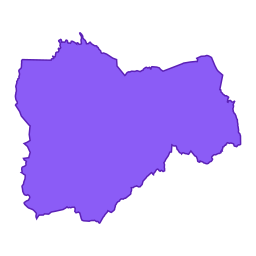 the district of Gbeke, Vallée du Bandama, Ivory Coast
{"feature_id": "98640826B94469137469464", "entity_name": "Gbeke", "entity_type": "district", "adm_level": 2, "iso_a3": "CIV", "parent_name": "Ivory Coast", "parent_adm1": "Vallée du Bandama", "projection": "natural_earth1", "projection_center": [-5.149, 7.692], "detail": "fine", "context": "isolated", "style": "filled", "palette": "violet", "viewbox_px": 256, "rotation_deg": 0, "n_neighbors": 0, "source": "geoboundaries", "source_scale": "gbopen_adm2", "svg_char_len": 5695}
<svg xmlns="http://www.w3.org/2000/svg" viewBox="0 0 256 256"><path d="M211.2,161.4L212.1,160.3L212.6,159.1L211.9,158.1L211.7,157.4L211.8,156.8L212.3,156.2L213.7,154.9L214.4,154.7L215.8,154.8L217.2,154.0L218.6,153.4L219.2,153.5L220.9,152.7L221.1,152.3L220.8,151.6L220.9,151.2L222.3,151.0L222.0,149.8L222.1,149.4L222.6,149.0L222.8,147.0L223.7,146.8L224.8,145.3L225.7,145.2L225.9,144.4L226.6,144.0L227.0,143.0L227.2,142.9L227.7,142.7L229.3,143.4L230.2,143.1L231.0,143.0L233.0,143.6L233.7,144.1L233.9,145.1L234.3,146.0L235.5,146.4L236.4,146.3L236.7,146.6L238.3,144.9L238.9,144.8L239.6,144.9L240.5,144.4L240.6,144.0L240.5,135.8L240.2,135.2L239.9,133.9L238.6,132.5L238.4,132.0L238.6,130.3L238.1,126.7L237.7,125.4L237.9,124.4L237.4,121.8L237.4,120.4L237.3,119.6L236.8,118.9L236.2,117.1L235.9,115.8L234.9,113.8L234.2,113.3L233.7,112.1L233.2,111.4L233.2,110.2L232.8,108.8L233.2,108.0L233.6,105.9L233.2,105.3L233.2,104.5L234.6,101.4L234.3,101.2L233.7,101.8L232.3,102.1L231.8,101.9L231.5,101.7L231.1,101.0L230.2,100.4L228.4,100.9L228.0,102.3L227.5,102.1L227.4,101.8L227.7,100.5L227.6,99.6L228.0,99.0L228.0,98.3L228.6,97.7L228.5,97.1L226.6,95.9L226.1,95.7L225.1,95.8L224.7,95.6L224.2,94.9L223.8,94.8L223.0,94.2L222.3,93.1L221.2,92.3L220.6,89.7L219.8,89.6L222.7,75.1L219.3,72.2L217.9,70.9L216.9,69.6L214.9,65.7L211.5,57.5L209.2,56.2L207.7,55.6L206.6,55.5L204.9,56.1L201.1,56.3L196.7,58.3L196.9,58.7L197.4,58.9L197.7,59.5L197.3,61.4L197.0,61.7L196.3,61.4L190.4,62.0L183.6,63.1L182.2,63.8L163.0,71.2L160.7,69.6L159.3,67.9L156.8,67.1L152.1,66.7L151.6,66.9L150.8,69.0L150.4,68.8L150.1,67.8L149.3,67.3L148.6,67.8L147.7,68.0L146.5,67.3L145.6,67.5L143.6,69.0L143.3,69.4L143.0,70.2L142.2,70.4L140.1,71.6L137.0,70.7L134.9,71.4L131.6,71.2L129.9,71.9L128.4,71.9L127.1,72.6L126.1,73.9L125.5,75.0L124.8,75.5L117.0,66.0L116.6,59.6L112.7,58.1L106.6,54.1L103.6,53.0L102.2,53.3L101.4,53.0L100.9,52.1L100.7,51.0L98.7,48.9L98.3,47.8L98.0,47.4L97.2,47.0L96.9,46.2L96.3,45.8L94.9,45.8L94.0,45.4L91.2,43.6L90.4,42.3L89.7,42.3L88.4,43.6L86.9,43.8L86.4,43.7L86.3,42.8L85.3,40.5L83.9,39.3L82.5,37.2L82.8,36.2L82.0,35.2L81.9,34.6L80.2,32.9L79.9,32.9L79.7,33.1L80.1,34.3L81.1,35.9L81.5,37.1L81.4,38.8L81.0,39.9L81.4,43.5L81.0,44.0L80.5,44.2L79.2,44.3L78.8,44.1L78.0,43.0L77.2,42.8L76.7,43.3L76.7,44.0L74.6,42.4L72.6,41.3L71.3,41.3L70.9,42.6L70.4,43.3L69.1,43.0L68.3,43.1L67.7,42.7L67.5,41.0L66.8,40.2L66.3,40.1L65.9,40.3L65.3,41.7L64.3,42.3L63.0,42.0L61.8,42.3L61.3,39.9L60.7,39.4L58.9,40.4L58.7,40.7L58.8,41.3L59.9,42.5L60.1,43.0L60.3,44.5L59.9,45.2L60.7,47.7L60.2,48.5L59.8,48.7L58.8,48.2L58.4,48.6L58.3,49.0L58.8,49.8L58.9,50.6L58.4,51.8L58.0,52.0L56.6,52.2L55.9,52.7L55.7,53.9L55.5,54.5L55.3,56.4L55.0,56.8L54.4,56.9L52.8,56.2L52.7,56.4L52.8,56.7L53.7,57.7L53.7,58.4L53.1,58.7L51.8,58.8L51.4,59.2L51.1,60.2L22.5,59.6L22.1,59.9L21.6,60.9L21.7,62.5L21.5,64.2L21.5,65.9L21.3,67.7L20.6,68.6L19.3,69.7L18.8,70.9L19.5,73.4L19.5,74.9L18.9,76.5L19.1,77.2L19.0,78.1L18.1,78.6L17.8,79.0L17.8,79.9L16.8,81.4L16.7,81.8L16.9,82.6L15.8,86.2L15.9,87.2L16.2,88.2L16.4,91.1L15.9,92.7L15.8,94.0L15.5,94.9L15.4,96.6L15.8,99.1L16.5,100.8L17.1,101.4L17.3,103.3L17.1,103.7L16.2,104.0L15.5,105.1L19.7,111.6L21.3,116.0L29.0,125.0L30.2,126.0L30.0,126.5L29.2,134.5L30.1,140.5L26.7,142.5L24.1,143.5L27.5,146.5L30.2,152.4L28.7,157.7L23.5,158.4L23.7,158.7L24.1,159.8L26.4,161.4L26.4,161.9L26.0,162.4L25.8,163.0L26.0,164.0L26.0,164.8L25.8,165.2L25.3,165.5L24.7,166.3L23.1,166.7L22.2,167.3L21.9,167.8L21.7,169.4L22.1,171.4L22.0,171.9L21.7,172.3L21.3,172.5L22.8,173.4L23.6,174.2L24.8,174.8L25.2,175.5L25.2,176.7L25.0,178.9L23.9,181.8L23.4,184.3L22.2,185.7L22.0,186.6L22.4,188.3L22.8,191.5L24.0,194.1L24.9,194.9L26.2,195.3L26.8,195.3L27.7,194.7L28.9,195.4L29.3,195.9L29.8,197.2L29.7,197.8L28.7,199.7L28.3,200.2L26.4,201.0L24.3,202.5L24.1,203.0L24.3,203.6L24.9,204.6L27.7,207.3L28.7,208.0L32.6,209.5L34.1,210.7L35.9,212.7L36.4,213.7L36.0,215.6L36.0,217.0L36.7,218.7L37.1,217.9L39.0,215.2L39.4,215.1L43.4,215.0L44.4,213.9L48.7,214.1L51.3,212.0L55.1,211.3L63.1,209.5L65.7,208.0L67.0,206.9L68.0,207.7L68.4,207.8L69.6,207.4L70.8,207.8L72.1,207.2L74.4,207.2L75.2,208.7L74.8,211.4L76.0,212.8L78.5,212.1L79.8,213.0L81.3,218.7L82.1,220.3L83.7,220.8L89.4,221.2L89.8,220.9L91.6,220.5L93.9,220.5L94.2,220.3L94.6,220.3L96.4,221.5L97.0,221.6L97.8,221.4L98.3,221.8L98.9,222.8L99.6,223.1L99.9,222.9L103.2,217.1L104.2,216.0L105.0,214.6L107.3,212.0L107.9,210.7L110.1,211.9L111.2,212.4L111.6,212.2L114.0,210.3L114.2,209.9L114.4,209.7L114.6,209.3L114.7,208.3L115.3,206.6L115.3,205.5L116.2,204.2L116.9,202.8L118.0,201.7L119.5,201.0L119.9,200.0L121.2,198.9L123.4,199.1L124.2,198.4L125.6,198.2L130.4,194.3L130.8,193.8L130.8,192.4L131.4,190.9L131.6,189.8L131.3,187.7L133.3,187.6L134.4,186.6L136.2,186.2L136.6,185.9L138.6,186.9L140.2,186.7L140.8,185.9L142.1,184.5L143.0,181.2L146.2,177.7L147.0,176.4L147.7,176.0L151.4,172.6L152.2,173.2L152.9,174.3L153.5,174.7L153.6,173.8L153.8,173.4L155.0,172.0L156.2,170.0L157.3,169.1L158.3,169.4L159.1,170.6L159.8,171.1L160.3,171.2L160.7,170.6L161.6,170.4L163.1,171.5L164.6,170.8L164.6,168.6L164.3,167.4L164.5,164.6L163.9,162.7L165.2,160.8L165.7,159.4L166.1,159.0L167.0,157.6L168.2,155.9L169.8,152.2L171.4,152.0L171.9,144.9L173.4,145.8L174.7,146.0L175.5,145.8L176.3,146.3L177.2,149.5L177.7,149.7L179.5,152.5L181.5,153.5L181.6,153.9L182.6,152.9L183.4,152.8L185.2,153.6L186.8,153.8L188.4,154.3L188.7,154.1L190.9,151.0L194.5,155.5L195.0,156.0L195.9,156.3L196.4,156.8L197.4,159.2L197.7,161.2L198.3,161.7L199.3,162.2L199.6,162.1L199.9,161.1L200.2,161.0L200.4,161.1L200.8,161.6L201.5,161.5L202.7,161.9L203.8,162.9L204.5,163.0L205.9,163.6L207.0,163.8L208.4,163.3L209.3,162.3L210.6,161.5L211.2,161.4Z" fill="#8b5cf6" stroke="#5b21b6" stroke-width="1.5"/></svg>